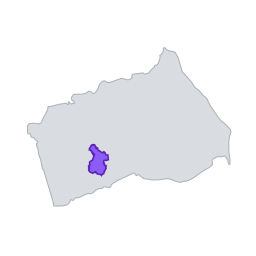 West Gonja, Northern, Ghana (highlighted), rotated 254°
{"feature_id": "2480657B54445116346139", "entity_name": "West Gonja", "entity_type": "district", "adm_level": 2, "iso_a3": "GHA", "parent_name": "Ghana", "parent_adm1": "Northern", "projection": "mercator", "projection_center": [-1.753, 9.223], "detail": "fine", "context": "in_parent", "style": "filled", "palette": "violet", "viewbox_px": 256, "rotation_deg": 254, "n_neighbors": 0, "source": "geoboundaries", "source_scale": "gbopen_adm2", "svg_char_len": 6274}
<svg xmlns="http://www.w3.org/2000/svg" viewBox="0 0 256 256"><g transform="rotate(254 128 128)"><path d="M157.1,31.6L159.0,33.5L159.4,34.6L158.7,38.6L157.3,41.4L156.4,44.0L156.5,45.3L157.4,46.6L160.3,48.6L161.8,50.0L163.6,52.0L165.7,54.0L169.2,56.6L170.7,57.0L170.6,57.7L170.1,58.7L169.8,68.3L169.5,70.8L169.3,72.0L168.9,75.6L168.6,76.1L167.9,76.1L167.3,76.2L167.1,76.9L167.4,77.6L169.5,78.2L169.0,78.7L167.5,79.2L166.7,80.3L167.1,81.5L166.2,82.5L166.4,83.1L167.0,83.6L167.9,83.4L170.4,81.8L171.4,81.6L172.7,82.0L175.0,84.5L175.1,85.7L174.2,89.9L173.2,93.2L173.1,97.5L174.1,99.9L173.9,101.2L172.9,102.4L170.4,104.1L170.6,105.2L171.7,107.3L173.8,109.7L177.8,112.6L179.9,116.4L180.0,118.0L178.7,119.6L177.3,120.9L176.8,122.8L177.5,135.6L174.3,141.1L174.2,142.7L174.6,144.6L175.4,145.7L177.0,146.0L178.4,147.0L177.9,150.9L177.2,154.9L177.1,156.8L176.7,157.7L175.4,158.5L175.0,159.7L175.3,161.2L175.0,162.4L175.7,163.9L177.2,165.7L179.5,170.3L180.4,170.6L180.8,171.6L180.5,172.5L181.4,174.5L184.0,176.5L186.8,178.3L189.0,178.6L189.5,180.1L190.9,182.1L192.0,183.0L193.6,183.6L195.0,183.9L195.1,185.6L192.6,186.7L190.9,188.5L189.7,191.2L187.9,194.1L181.8,195.6L179.5,195.6L167.0,195.7L155.3,201.5L148.6,203.5L144.4,206.7L138.9,209.0L135.0,211.8L126.9,213.2L113.7,217.6L109.5,219.3L105.3,222.4L98.5,225.9L95.9,225.9L90.5,222.6L86.5,220.9L76.7,218.3L69.4,217.3L65.8,216.2L64.9,216.0L65.7,214.8L67.7,214.8L69.9,215.1L71.5,214.2L73.9,214.1L74.5,213.1L74.7,210.7L74.7,208.7L75.5,207.9L75.7,205.6L74.6,200.5L73.7,199.9L69.5,199.2L69.1,198.2L68.4,197.1L67.5,194.5L66.6,190.6L65.1,185.7L62.2,177.7L61.5,174.9L61.0,172.0L60.9,168.6L61.5,167.3L61.4,165.5L61.2,163.7L63.2,159.6L67.2,154.6L68.0,152.8L68.7,151.6L68.8,149.8L69.5,144.0L71.4,136.9L72.6,134.3L73.5,132.8L74.4,130.5L74.7,129.4L78.3,126.6L80.0,125.9L80.4,124.8L79.8,123.6L80.1,122.8L80.9,122.4L82.3,122.1L83.3,120.9L81.7,112.2L80.5,103.5L80.4,102.8L79.7,101.6L78.9,98.0L77.7,95.9L76.0,95.3L76.0,93.3L77.7,90.0L78.2,88.0L77.3,87.4L77.2,85.9L77.8,83.4L77.5,81.9L77.2,80.3L75.4,76.5L75.0,73.8L75.9,72.2L75.9,68.8L74.9,63.4L74.7,60.1L75.4,58.7L75.1,57.3L73.7,56.1L73.7,54.8L74.8,53.6L74.6,52.7L73.2,52.0L72.0,50.4L70.9,47.8L71.1,43.6L73.2,35.9L73.5,35.3L75.8,35.3L75.8,35.6L83.2,35.6L91.6,35.5L101.6,35.4L110.7,35.3L111.1,34.9L112.6,34.5L121.8,35.3L127.6,34.9L130.0,35.2L131.8,35.7L135.8,35.3L137.9,35.5L139.5,37.5L140.1,37.4L141.0,36.6L142.6,35.7L144.2,35.0L145.4,33.5L146.1,32.3L147.2,32.6L148.7,32.5L149.7,31.5L150.1,30.1L157.1,31.6Z" fill="#d9dde1" stroke="#a8b0b8" stroke-width="1"/><path d="M90.7,91.6L90.7,92.0L90.9,92.1L91.6,92.4L91.8,92.7L92.0,92.9L92.3,92.9L92.4,93.1L92.9,93.3L93.1,93.4L93.0,93.5L93.3,93.6L93.4,93.8L93.4,94.0L93.5,94.2L93.6,94.3L94.0,94.6L94.3,94.7L94.5,94.9L94.9,95.2L95.0,95.6L95.3,95.7L95.3,95.8L95.7,95.8L95.8,95.9L96.2,95.7L96.3,95.8L96.5,95.8L96.8,95.9L97.1,96.2L97.3,96.0L97.5,96.2L97.6,96.3L97.6,96.1L97.9,95.8L98.1,95.7L98.3,95.4L98.6,95.3L98.8,95.3L98.9,95.5L99.1,95.4L99.3,95.4L99.4,95.1L99.5,95.1L99.9,95.3L100.0,95.2L100.0,95.3L100.2,95.2L100.3,95.1L100.5,95.1L100.7,95.3L100.9,95.4L101.3,95.4L101.5,95.1L102.0,95.3L102.2,95.2L102.8,95.5L103.0,95.5L103.3,95.7L103.4,95.8L103.5,96.1L103.6,96.3L103.4,96.7L103.4,96.8L103.3,97.0L103.2,97.3L102.9,97.7L103.0,97.8L103.0,98.1L102.8,98.2L102.8,98.7L102.8,98.8L102.8,99.0L102.8,99.4L102.9,99.6L102.9,100.4L107.7,101.2L107.7,100.6L107.9,99.9L108.3,99.5L108.7,99.4L108.8,99.2L109.0,99.1L109.3,99.2L109.7,99.2L109.9,99.3L110.4,99.2L110.6,98.9L111.0,98.9L111.4,98.7L111.5,98.5L111.5,98.4L111.8,98.2L111.6,97.8L111.5,97.6L111.4,97.5L111.4,97.4L111.3,97.2L111.0,97.1L111.1,96.9L111.3,96.7L111.5,96.5L111.7,96.4L111.7,96.2L112.1,95.9L112.2,95.5L112.7,95.1L113.1,95.0L113.2,94.9L113.3,94.8L113.4,94.5L113.9,94.3L114.0,94.1L114.3,93.8L114.4,93.6L114.5,93.4L114.9,93.3L115.1,93.2L115.4,93.1L115.5,93.1L115.8,93.2L116.0,93.1L116.3,92.8L116.6,92.7L116.8,92.7L116.9,92.8L117.0,92.7L117.2,92.8L117.2,92.7L117.3,92.8L117.4,92.7L117.4,92.8L117.5,92.7L117.4,92.1L117.8,91.5L118.0,91.5L118.4,91.8L118.7,91.7L118.9,91.9L119.2,91.9L119.5,91.8L119.7,91.6L120.2,91.3L120.4,91.0L120.7,91.0L120.9,91.1L120.9,90.8L121.1,91.0L121.2,90.9L121.5,90.3L121.7,90.1L121.7,89.7L121.6,89.2L121.7,88.6L121.3,88.5L121.2,88.4L121.5,88.2L121.4,87.8L121.2,87.8L120.9,87.6L120.2,86.7L119.9,86.5L119.6,86.1L119.4,85.7L119.1,85.4L118.8,85.3L118.7,85.1L118.3,85.0L118.0,85.1L117.9,85.2L117.8,85.3L117.7,85.2L117.7,85.4L117.3,85.4L117.1,85.4L117.0,85.5L117.0,85.9L116.9,85.9L116.7,85.8L116.6,86.0L116.6,86.3L116.4,86.3L116.2,86.3L116.2,86.5L115.8,86.5L115.7,86.6L115.4,86.7L115.3,86.9L115.1,86.9L114.9,86.9L114.2,86.8L114.3,86.5L114.1,86.5L113.9,86.7L113.9,86.8L113.7,86.9L113.8,86.9L113.8,87.0L113.7,87.1L113.7,87.3L113.6,87.5L113.4,87.6L113.4,87.4L113.4,87.5L113.1,87.6L112.9,87.5L112.7,87.4L112.8,87.4L112.7,87.3L112.7,87.1L112.6,86.9L112.4,87.0L112.2,87.2L111.9,87.3L111.7,87.4L111.7,87.5L111.8,87.6L111.6,87.8L111.7,88.0L111.5,87.9L111.4,88.1L111.1,88.2L111.0,87.9L110.8,87.9L110.7,87.7L110.6,87.8L110.4,87.6L110.3,87.4L110.0,87.1L109.8,87.0L109.6,86.8L109.4,86.7L109.1,86.6L108.9,86.3L108.3,86.0L107.9,85.5L107.4,85.4L107.2,85.3L107.2,85.1L107.1,84.9L106.8,84.7L106.7,84.6L106.8,84.4L106.7,84.2L106.4,83.8L106.6,83.5L106.6,83.2L106.5,82.8L106.4,82.6L106.2,82.3L106.0,82.2L105.8,81.8L105.5,81.5L105.2,81.3L103.3,81.3L103.3,81.2L103.1,81.2L103.1,80.9L102.6,80.9L102.4,80.7L102.4,80.4L102.5,80.3L102.5,80.2L102.5,79.7L102.2,79.5L101.4,79.7L101.3,79.4L101.2,79.4L100.9,79.6L100.7,79.7L100.7,79.9L100.3,79.9L100.2,79.9L100.1,80.0L99.9,80.0L99.7,79.7L99.6,79.0L99.2,79.1L99.0,78.9L98.7,78.9L98.4,78.8L98.3,78.6L98.2,78.6L98.0,78.8L97.9,78.7L97.7,78.7L97.5,78.9L97.3,78.8L96.8,79.0L96.6,79.3L96.0,79.4L95.9,79.5L95.7,79.6L95.6,80.0L95.4,80.3L95.3,80.7L95.0,80.9L94.9,81.1L94.2,81.4L94.2,81.5L94.3,82.1L94.5,82.5L94.4,82.7L94.5,82.8L94.6,83.2L94.7,83.4L94.7,83.6L94.6,83.8L94.8,84.1L94.7,84.2L94.8,84.3L95.1,84.6L94.9,84.9L94.6,84.9L94.4,84.8L94.2,84.9L93.8,84.9L93.6,84.9L93.3,85.2L93.2,85.3L93.1,85.6L92.9,85.8L92.8,85.7L92.5,85.7L92.5,86.0L92.2,86.1L91.9,86.4L91.9,86.7L90.9,88.6L90.7,88.7L90.6,88.9L90.4,89.0L90.1,89.3L89.7,89.4L89.9,89.6L90.1,89.6L90.4,89.9L90.5,90.3L90.5,90.5L90.5,90.8L90.6,91.1L90.8,91.2L90.8,91.3L90.7,91.6Z" fill="#8b5cf6" stroke="#5b21b6" stroke-width="1.5"/></g></svg>